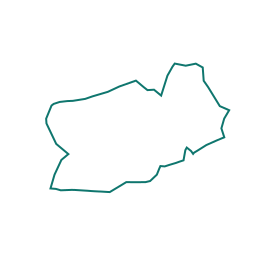 Kateila, Southern Darfur, Sudan, rotated 61°
{"feature_id": "16777658B63879676437189", "entity_name": "Kateila", "entity_type": "district", "adm_level": 2, "iso_a3": "SDN", "parent_name": "Sudan", "parent_adm1": "Southern Darfur", "projection": "robinson", "projection_center": [24.324, 11.019], "detail": "fine", "context": "isolated", "style": "outline", "palette": "teal", "viewbox_px": 256, "rotation_deg": 61, "n_neighbors": 0, "source": "geoboundaries", "source_scale": "gbopen_adm2", "svg_char_len": 970}
<svg xmlns="http://www.w3.org/2000/svg" viewBox="0 0 256 256"><g transform="rotate(61 128 128)"><path d="M182.8,48.3L173.6,46.5L166.4,39.3L161.5,30.9L153.4,37.1L131.0,38.1L123.4,38.9L111.3,33.3L104.6,37.5L101.5,47.3L94.3,55.9L95.9,59.3L98.8,64.0L101.3,68.1L115.7,83.3L107.1,86.7L104.3,92.6L100.0,94.4L90.4,98.1L87.5,115.4L86.6,128.1L83.1,143.8L81.8,151.3L77.5,163.1L75.0,168.1L72.1,175.1L70.9,181.3L71.3,184.0L80.2,195.1L84.5,197.1L107.1,198.5L121.9,192.8L123.6,201.7L133.2,214.9L143.3,225.1L146.3,220.6L149.9,217.0L154.9,207.1L156.5,204.4L160.4,198.3L163.4,193.6L165.2,190.9L166.8,188.4L168.5,185.7L170.7,182.1L174.4,176.3L175.2,175.0L174.7,160.7L174.5,155.8L179.6,146.7L183.8,139.0L185.1,134.4L182.8,125.4L178.8,120.5L177.0,118.1L179.4,114.5L180.3,109.8L181.8,103.0L182.4,99.3L183.2,95.1L179.6,92.2L175.2,88.6L173.6,86.1L178.7,84.0L182.2,83.6L181.6,82.2L181.5,78.7L180.9,67.7L181.9,56.4L182.8,48.3L182.8,48.3Z" fill="none" stroke="#0f766e" stroke-width="2"/></g></svg>